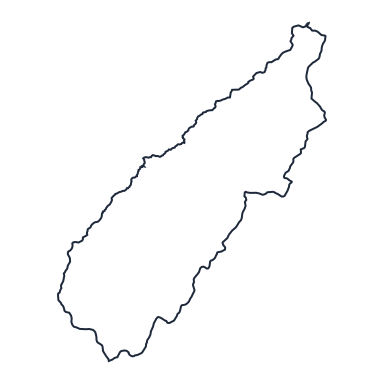 Algeciras, Huila, Colombia
{"feature_id": "7082276B40300003971845", "entity_name": "Algeciras", "entity_type": "district", "adm_level": 2, "iso_a3": "COL", "parent_name": "Colombia", "parent_adm1": "Huila", "projection": "albers", "projection_center": [-75.312, 2.512], "detail": "fine", "context": "isolated", "style": "outline", "palette": "slate", "viewbox_px": 384, "rotation_deg": 0, "n_neighbors": 0, "source": "geoboundaries", "source_scale": "gbopen_adm2", "svg_char_len": 5957}
<svg xmlns="http://www.w3.org/2000/svg" viewBox="0 0 384 384"><path d="M137.3,355.0L141.5,353.1L142.5,352.0L145.5,347.2L145.9,346.2L146.2,343.6L146.9,342.6L146.9,341.5L147.3,340.1L149.4,337.0L150.5,334.4L150.9,331.4L153.1,326.5L153.8,323.4L156.1,319.1L157.3,317.5L158.4,317.0L160.8,317.8L165.1,320.6L166.3,321.0L167.4,322.8L168.7,323.0L169.4,323.0L174.0,320.6L176.9,315.9L177.5,314.0L179.4,312.4L180.3,309.8L180.9,306.7L181.3,305.9L181.7,305.3L184.5,304.8L186.0,304.3L187.5,303.1L189.0,301.4L190.3,298.5L191.4,297.0L194.4,290.8L194.4,289.7L193.0,285.2L193.2,283.8L194.0,282.1L193.7,279.4L194.4,277.8L197.7,273.9L199.0,272.1L200.2,268.3L201.6,267.0L203.1,266.6L204.6,267.1L206.7,268.5L207.9,268.5L208.7,267.8L209.5,266.2L210.1,261.6L210.8,260.7L212.5,260.1L214.4,258.6L215.2,257.5L216.1,255.3L216.6,254.7L217.3,252.5L218.7,252.0L221.2,251.6L225.0,249.6L225.2,247.6L224.3,246.2L223.5,245.5L222.6,243.2L222.6,242.4L227.3,238.1L229.1,234.4L232.3,230.4L235.3,227.9L236.7,226.2L239.0,222.3L240.9,220.2L241.7,218.4L242.3,213.8L242.8,212.1L244.5,209.0L245.6,205.8L244.9,201.9L246.3,199.9L245.7,197.4L244.4,196.4L244.8,192.4L245.8,191.8L247.3,192.5L248.1,192.5L249.8,192.9L256.3,192.8L259.4,193.5L262.3,194.7L263.4,194.7L265.7,193.8L267.3,192.3L273.0,191.8L274.7,192.4L275.3,193.0L277.6,193.9L281.7,196.6L283.5,196.4L284.5,196.0L287.5,190.8L289.0,186.8L289.2,185.1L289.5,184.3L290.0,183.6L291.5,182.5L291.7,181.6L289.2,180.2L287.5,178.7L286.3,178.2L285.0,178.1L284.4,177.8L283.9,177.0L284.2,175.4L285.7,172.7L288.6,170.8L289.9,167.9L290.3,166.2L293.1,162.5L293.4,161.4L293.3,159.2L293.6,158.6L294.2,157.8L300.4,153.8L301.0,152.9L300.8,149.4L304.0,148.1L304.6,147.5L305.0,146.5L305.6,141.3L306.9,139.9L307.5,138.9L306.9,136.7L306.9,135.7L307.6,133.5L307.6,132.4L308.0,131.8L309.4,130.7L317.3,126.9L322.7,122.9L323.6,121.9L325.0,121.2L325.9,120.5L326.0,119.8L324.5,117.1L324.2,115.1L324.8,113.3L324.8,112.2L323.8,111.1L322.3,110.3L320.6,107.8L320.2,106.8L317.0,103.2L314.8,101.5L311.5,98.6L312.0,92.4L311.3,90.7L311.0,87.5L309.4,84.9L308.7,84.2L306.8,79.8L306.3,77.0L306.7,73.8L308.1,67.5L309.7,65.7L313.1,62.5L314.3,62.0L318.5,58.9L319.4,57.4L320.0,53.9L321.5,50.8L321.7,47.9L322.2,45.7L323.1,43.5L324.6,41.2L325.0,40.1L325.5,36.1L324.6,35.5L321.7,35.1L321.1,34.8L318.3,32.2L316.8,31.3L315.3,30.7L312.9,30.7L312.0,30.5L310.1,28.0L309.2,27.8L308.4,27.2L307.6,27.1L307.4,26.5L307.4,25.6L307.8,24.3L308.7,23.6L308.8,23.0L307.4,23.5L305.4,26.4L304.0,27.0L302.9,27.3L298.5,25.4L294.0,26.6L292.3,27.8L291.9,33.3L293.5,35.7L291.5,38.2L291.3,39.5L290.5,41.3L292.6,44.5L292.6,45.6L290.3,49.9L285.1,51.7L282.9,52.8L281.2,54.5L279.0,57.6L278.5,58.7L277.7,59.2L275.7,59.5L271.4,62.2L270.0,62.1L268.2,62.4L267.3,63.2L266.5,65.3L266.4,67.4L265.6,68.3L265.6,69.7L264.7,71.9L263.9,72.4L262.3,72.8L260.2,72.0L256.5,73.0L253.1,76.5L253.7,78.7L253.2,79.4L249.7,80.9L248.3,81.9L248.4,82.7L247.2,83.8L245.6,84.7L242.5,87.1L240.7,87.9L239.4,89.2L238.6,89.6L232.1,89.8L231.5,91.4L230.7,92.6L230.0,97.4L227.6,97.6L225.2,98.9L223.1,99.4L220.5,100.6L218.8,101.0L217.3,100.9L216.0,101.4L215.4,103.6L214.9,104.2L215.6,106.3L215.2,107.6L214.5,107.8L212.7,109.8L211.9,110.3L210.9,110.2L209.2,110.4L206.5,111.1L205.9,112.0L203.5,112.4L202.9,112.7L202.5,114.0L201.3,114.4L199.3,115.9L198.3,116.3L197.2,117.9L197.1,119.1L195.7,120.7L196.2,122.4L196.1,123.0L195.8,123.5L193.8,125.4L193.7,126.4L193.4,126.6L191.6,126.7L189.3,128.1L188.7,128.8L188.3,130.5L186.5,131.9L185.2,132.4L184.2,134.4L182.6,135.7L182.6,136.3L182.9,136.8L182.7,137.2L183.1,137.5L183.0,138.2L184.5,139.5L184.0,140.8L184.5,142.0L184.3,142.9L183.2,142.5L181.9,143.1L181.3,144.0L180.1,144.4L178.0,144.3L177.2,144.9L176.8,145.6L175.3,146.4L174.7,147.6L172.6,148.1L171.2,149.1L170.9,149.7L169.9,149.7L169.0,149.4L167.9,150.7L165.6,151.8L165.7,152.2L165.0,153.3L163.6,154.3L163.0,155.3L161.5,155.8L160.8,156.5L160.1,156.8L159.3,156.7L157.9,156.0L155.6,156.1L154.8,155.6L152.8,155.1L151.8,155.8L151.0,157.2L150.2,157.1L148.4,157.7L147.3,157.3L145.4,157.2L144.4,157.5L143.2,158.3L144.2,159.8L144.2,160.9L144.5,161.2L144.6,161.7L144.7,163.2L143.8,164.1L143.2,165.4L144.0,166.4L142.1,166.0L141.7,166.1L141.6,166.5L141.8,167.1L140.3,167.2L140.4,167.8L139.7,169.3L138.4,170.1L138.6,171.0L138.0,171.9L137.7,173.8L137.0,174.9L137.0,176.2L135.8,176.5L135.5,177.1L134.5,177.6L133.3,177.6L132.5,177.9L131.7,178.7L131.3,179.5L131.3,180.8L131.6,181.2L131.1,182.7L131.0,183.9L130.7,185.0L129.7,186.2L129.5,186.9L128.8,187.3L128.0,188.3L127.2,188.4L127.0,188.2L126.0,189.7L124.3,190.9L122.9,190.9L120.8,191.8L119.3,192.1L116.9,193.5L115.2,194.0L115.0,194.6L113.4,196.0L111.7,197.9L111.6,198.7L112.0,200.0L111.3,201.8L110.4,203.4L109.7,204.5L107.6,206.0L107.3,206.7L106.5,207.5L105.7,209.3L104.7,210.0L104.4,211.1L102.9,211.5L102.7,212.0L102.9,212.7L102.0,213.4L101.7,216.5L101.1,218.1L99.0,220.8L98.2,221.5L96.8,222.0L95.5,222.1L94.2,222.7L92.4,224.1L91.2,225.5L90.5,227.4L88.1,228.9L87.6,229.7L87.6,230.8L87.0,232.4L86.9,233.4L87.3,234.9L86.2,235.7L82.9,237.4L82.9,239.3L82.2,240.6L78.6,242.5L75.3,242.0L73.2,242.4L72.3,243.3L72.6,245.2L72.3,247.2L71.7,248.7L70.2,250.5L68.5,251.4L68.0,252.0L67.8,253.6L68.1,254.8L69.4,257.0L69.9,258.5L70.1,261.7L67.8,265.7L67.4,268.0L67.0,268.9L65.6,270.8L64.8,272.4L63.8,273.5L64.2,274.9L64.2,276.1L63.2,281.3L61.1,285.1L61.0,286.4L61.4,288.1L60.3,290.1L59.5,292.7L58.2,293.5L58.0,294.7L58.4,300.1L61.0,303.0L61.4,304.3L62.9,305.8L63.6,307.1L64.6,310.9L65.7,311.9L69.3,312.8L71.0,315.5L71.7,318.2L71.4,322.2L72.5,325.1L73.5,326.3L74.3,326.9L76.2,327.3L79.8,328.9L85.9,329.2L89.4,329.0L93.0,329.9L94.2,330.9L95.2,332.1L95.9,334.3L96.5,337.6L96.4,339.1L96.8,341.0L97.2,341.9L97.9,342.6L101.8,345.1L102.5,346.4L103.1,351.2L106.2,356.2L108.4,359.0L108.8,361.0L112.5,359.5L114.8,357.8L117.3,357.2L120.0,352.1L121.2,351.1L122.9,350.7L124.6,350.5L126.6,350.8L128.6,352.4L128.8,352.9L128.7,353.5L129.7,354.9L131.0,355.8L132.4,356.3L133.8,356.2L135.2,355.3L137.3,355.0Z" fill="none" stroke="#1e293b" stroke-width="2"/></svg>